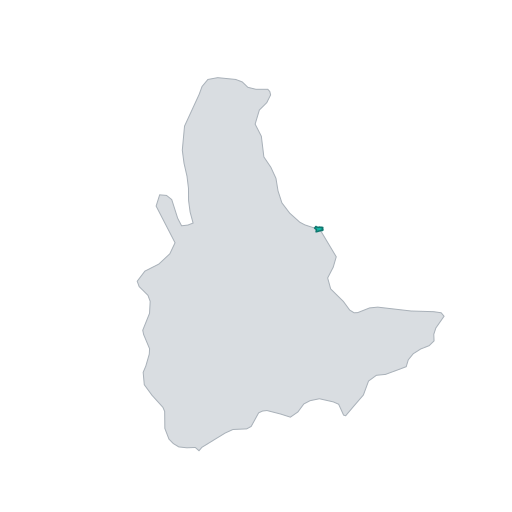 Sabana Grande de Palenque, San Cristóbal, Dominican Republic shown in context, rotated 248°
{"feature_id": "3306468B45575096497084", "entity_name": "Sabana Grande de Palenque", "entity_type": "district", "adm_level": 2, "iso_a3": "DOM", "parent_name": "Dominican Republic", "parent_adm1": "San Cristóbal", "projection": "equal_earth", "projection_center": [-70.148, 18.258], "detail": "fine", "context": "in_parent", "style": "filled", "palette": "teal", "viewbox_px": 512, "rotation_deg": 248, "n_neighbors": 0, "source": "geoboundaries", "source_scale": "gbopen_adm2", "svg_char_len": 2700}
<svg xmlns="http://www.w3.org/2000/svg" viewBox="0 0 512 512"><g transform="rotate(248 256 256)"><path d="M97.1,353.8L97.7,331.8L100.3,322.9L97.9,313.5L86.9,303.5L80.3,290.7L74.3,279.3L75.7,277.6L87.6,277.1L91.8,273.0L99.9,261.3L101.6,251.9L100.9,244.9L95.7,236.4L93.7,227.5L100.2,219.7L108.6,208.3L109.8,204.0L109.6,199.7L99.8,187.7L99.2,182.6L103.8,169.6L103.4,161.0L98.9,134.2L96.8,130.2L101.2,128.0L104.1,120.0L107.9,112.9L113.0,109.1L118.8,106.7L130.3,106.9L146.1,113.1L150.6,113.0L165.8,107.4L178.5,104.2L190.4,107.8L195.2,112.6L205.0,120.3L209.9,122.6L225.4,122.4L229.6,123.2L242.7,135.8L253.6,140.9L260.0,141.1L271.4,136.2L277.1,136.4L283.6,147.3L284.9,162.8L290.3,176.9L298.6,185.9L339.7,182.1L348.8,189.6L345.7,195.7L339.9,199.0L320.4,197.5L311.9,198.3L310.2,204.4L310.1,210.0L321.5,211.4L332.8,214.3L344.2,218.8L355.8,221.9L368.9,224.0L381.7,227.3L403.2,238.4L427.1,263.8L433.4,269.5L437.7,277.5L435.7,287.3L427.3,303.3L422.5,308.5L415.5,311.6L410.7,318.2L406.1,329.4L403.3,330.4L399.9,329.9L394.2,323.5L390.1,313.8L378.6,304.6L365.0,305.8L344.9,300.4L332.7,303.0L320.6,303.6L308.1,300.8L295.6,299.9L283.1,303.3L271.0,309.2L266.6,312.9L258.8,322.1L254.7,325.5L225.2,330.1L216.7,323.4L208.8,314.2L197.5,312.9L181.1,320.0L170.8,322.6L166.6,325.7L165.4,329.1L165.3,341.9L163.0,349.7L146.9,379.2L137.8,399.9L134.0,406.4L129.7,407.8L121.9,395.8L116.8,391.5L110.6,389.3L108.0,383.0L108.1,373.9L106.5,365.2L102.7,358.3L97.1,353.8Z" fill="#d9dde1" stroke="#a8b0b8" stroke-width="1"/><path d="M255.1,327.9L255.3,327.9L255.4,327.7L255.5,327.7L255.9,327.5L256.1,327.5L256.3,327.6L256.3,327.8L256.5,327.9L256.7,328.0L256.8,328.0L256.9,328.3L257.0,328.4L257.0,328.5L257.3,328.5L257.3,328.4L257.5,328.4L257.6,328.2L257.8,328.1L257.9,327.9L258.0,327.8L258.0,327.7L258.1,327.4L258.2,327.2L258.3,327.1L258.3,326.9L258.4,326.7L258.5,326.6L258.6,326.4L258.7,326.2L258.8,326.1L258.8,325.9L258.9,325.6L259.0,325.6L259.0,325.4L259.1,325.2L259.1,324.9L259.2,324.7L259.3,324.5L259.3,324.4L259.4,324.2L259.5,324.1L259.5,323.9L259.7,323.7L259.8,323.6L259.9,323.4L260.0,323.3L260.0,323.2L260.3,323.0L260.3,322.9L260.5,322.8L260.5,322.7L260.6,322.8L260.7,322.7L260.8,322.7L260.9,322.4L260.6,322.0L260.4,321.7L260.2,321.4L260.0,321.1L259.9,321.0L259.9,320.9L259.7,320.9L258.8,321.3L258.7,321.4L258.4,321.7L258.3,321.8L258.1,321.9L257.9,321.9L257.7,321.9L257.3,321.6L257.1,321.5L256.7,321.2L256.2,320.9L255.9,320.9L255.9,321.0L255.8,321.7L255.8,321.9L255.7,322.0L255.6,322.5L255.6,323.6L255.5,323.9L255.5,324.2L255.4,324.5L255.3,324.8L255.3,325.1L255.3,325.8L255.2,326.1L255.2,326.3L254.9,326.6L254.8,326.8L254.8,327.0L255.0,327.6L255.1,327.9L255.1,327.9Z" fill="#14b8a6" stroke="#0f766e" stroke-width="1.5"/></g></svg>